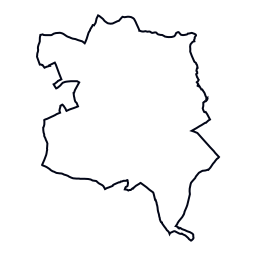 Bicaz, Maramures, Romania
{"feature_id": "2599482B90177123202958", "entity_name": "Bicaz", "entity_type": "district", "adm_level": 2, "iso_a3": "ROU", "parent_name": "Romania", "parent_adm1": "Maramures", "projection": "orthographic", "projection_center": [23.009, 47.453], "detail": "fine", "context": "isolated", "style": "outline", "palette": "ink", "viewbox_px": 256, "rotation_deg": 0, "n_neighbors": 0, "source": "geoboundaries", "source_scale": "gbopen_adm2", "svg_char_len": 5673}
<svg xmlns="http://www.w3.org/2000/svg" viewBox="0 0 256 256"><path d="M208.3,169.9L210.4,167.6L213.0,163.7L214.5,162.0L215.4,160.7L216.9,158.9L218.2,158.0L219.0,157.0L215.1,152.8L213.9,151.2L210.1,147.2L197.4,133.0L194.1,131.6L191.7,130.8L196.5,128.1L199.7,126.1L201.4,125.2L204.7,123.1L205.6,122.7L205.9,122.8L208.4,120.5L210.0,119.5L207.2,114.2L205.7,112.0L205.2,112.2L204.4,112.1L204.2,112.0L203.3,110.1L202.7,108.2L203.0,107.4L203.3,105.9L203.3,102.7L203.6,102.6L203.7,102.3L203.8,102.1L204.7,101.7L205.0,101.2L205.5,101.3L205.9,101.2L207.5,99.3L207.8,99.0L208.0,99.2L207.4,98.5L207.4,98.0L206.5,98.8L206.3,98.8L206.5,98.1L206.4,97.6L205.6,96.0L204.6,93.2L204.1,92.3L203.1,90.9L203.0,90.6L202.1,89.4L201.4,89.5L199.2,85.8L198.3,85.6L198.1,86.1L197.6,85.8L197.9,84.7L198.3,84.2L197.9,83.6L196.8,82.2L198.1,81.0L198.7,79.8L197.9,78.7L197.4,77.3L197.0,77.0L197.0,76.8L196.2,74.4L196.2,74.1L196.6,73.6L196.8,73.4L197.2,73.3L197.2,72.5L197.2,72.0L196.8,71.3L196.4,70.9L197.0,68.2L197.6,68.0L197.6,67.7L197.0,65.0L196.2,63.9L196.2,63.4L195.7,62.7L194.9,62.2L194.3,61.6L191.8,55.9L190.2,51.6L190.3,48.9L190.1,46.7L190.4,44.7L190.7,44.1L192.6,41.9L193.2,41.6L194.4,41.3L194.1,40.2L194.1,39.9L194.7,38.6L194.7,37.4L195.3,36.4L196.0,35.5L195.9,34.9L195.5,34.4L194.2,33.7L193.6,33.6L192.6,33.1L191.6,32.9L188.6,33.6L188.0,33.5L187.3,34.2L186.8,34.5L184.8,34.9L183.1,35.1L182.0,35.0L180.9,34.7L178.7,32.2L178.1,32.1L176.3,32.9L175.8,33.8L175.3,35.0L174.5,36.0L173.9,36.4L171.7,37.0L168.6,37.1L166.7,36.9L164.8,36.5L164.1,36.0L162.2,35.0L160.5,34.9L158.2,34.4L157.3,33.8L156.4,32.7L155.9,32.5L155.0,32.4L152.5,32.9L151.5,32.7L150.3,31.8L149.2,31.5L147.4,31.7L145.5,31.2L143.7,31.5L142.5,31.5L141.2,31.3L140.1,30.8L139.3,30.8L139.1,29.7L138.3,27.8L136.5,23.9L135.5,21.6L135.1,20.9L134.2,19.2L133.9,18.8L132.9,18.0L131.1,17.1L129.4,16.8L127.9,16.7L124.5,17.2L122.5,16.8L121.5,17.8L118.9,20.8L117.5,21.2L112.6,23.5L110.5,23.7L108.0,23.3L106.9,22.7L104.7,21.1L104.0,20.3L103.2,19.2L102.3,18.4L99.3,16.0L98.1,15.4L96.5,18.7L96.3,19.9L95.9,21.5L95.7,22.5L95.1,23.7L94.2,24.8L94.1,25.3L92.7,25.1L92.2,26.2L90.5,28.9L90.1,29.8L90.0,30.4L89.0,31.9L88.5,32.9L86.6,39.0L85.2,42.4L84.7,43.3L83.0,41.9L82.1,41.3L78.1,40.1L75.5,39.1L72.6,38.6L70.5,37.8L69.6,37.3L68.7,37.1L66.9,36.3L63.5,34.0L62.3,33.4L60.6,32.9L59.6,32.8L55.8,33.1L53.7,33.7L51.8,34.9L51.1,35.1L45.2,35.1L43.7,35.0L42.7,34.4L41.2,34.8L40.4,34.9L39.9,37.3L39.8,39.5L39.8,41.3L39.3,43.0L38.6,44.7L38.0,46.9L37.9,48.2L38.1,49.5L38.1,50.4L37.9,51.7L37.4,53.1L37.2,54.5L37.2,55.5L37.0,56.2L37.1,57.0L39.8,64.6L40.8,64.5L41.4,64.7L42.1,65.1L42.5,65.0L44.5,67.7L46.8,66.7L48.6,66.2L49.3,65.9L49.7,65.9L49.3,65.3L54.8,62.6L55.9,64.8L59.1,73.5L61.4,79.3L57.9,81.0L57.3,81.7L55.8,82.9L55.0,83.6L53.6,84.3L55.2,87.0L55.7,87.6L56.1,88.4L56.3,88.4L57.5,87.8L60.3,85.5L61.9,83.6L62.9,82.7L65.2,81.9L66.9,81.6L71.0,81.2L77.1,81.2L79.2,82.4L75.0,90.0L73.9,93.2L73.6,93.2L74.0,96.4L74.4,97.9L74.5,98.8L74.9,100.4L75.3,101.6L76.6,102.9L76.8,103.3L78.0,106.4L76.8,106.9L73.6,108.1L69.5,109.5L66.5,110.9L66.2,110.5L65.4,108.5L64.5,107.3L64.0,106.3L63.2,105.6L62.7,104.8L62.3,104.6L60.5,105.7L60.6,106.1L60.4,106.4L60.4,106.7L60.2,107.0L60.2,107.5L59.8,108.7L59.5,110.3L59.5,110.9L60.1,112.7L56.7,114.1L54.9,115.2L54.2,115.5L53.5,115.9L52.1,116.5L47.2,118.8L45.1,119.5L44.2,120.1L44.4,121.7L44.3,124.6L43.8,126.5L43.5,127.2L43.2,127.5L43.3,130.3L43.6,132.6L43.9,133.4L44.2,134.4L44.2,135.8L44.3,136.2L45.4,138.4L45.8,139.7L46.8,141.8L47.4,143.5L47.1,147.7L47.0,148.7L47.2,149.8L46.9,150.9L46.6,153.0L46.2,154.9L44.3,159.9L42.1,164.9L42.2,165.2L45.5,166.5L47.0,167.3L49.7,169.1L50.6,170.0L52.5,171.2L54.0,171.7L56.4,172.9L60.0,173.4L60.9,173.4L62.3,173.7L64.1,174.6L65.9,175.1L68.0,175.9L69.0,176.6L71.4,177.7L73.1,178.3L76.5,178.6L79.2,178.6L80.0,178.8L84.6,178.8L88.2,179.0L90.7,179.5L92.6,180.5L96.1,181.0L96.7,181.4L97.7,182.4L99.1,183.5L102.0,185.0L102.8,185.6L103.4,186.2L104.3,187.7L105.0,189.1L105.5,188.9L106.0,188.5L107.1,188.0L108.6,187.5L112.4,186.0L112.7,185.8L112.8,185.4L112.9,185.2L114.1,184.4L118.9,182.3L119.9,182.3L120.8,181.5L121.7,181.5L123.6,180.8L125.4,180.8L126.1,180.7L126.9,180.2L127.4,180.1L127.6,180.3L127.6,181.3L128.0,182.6L128.0,183.1L127.6,185.7L127.3,186.2L126.3,186.7L125.7,187.1L125.4,187.6L124.8,189.4L127.0,189.7L127.9,190.3L128.5,190.5L129.2,190.0L130.7,190.0L132.1,188.7L132.5,188.5L132.9,188.7L133.1,188.5L133.2,188.0L133.8,187.8L134.1,187.3L134.9,186.7L135.9,185.8L139.6,183.6L140.3,183.0L140.6,182.9L146.5,187.2L149.5,189.8L153.0,192.3L153.3,192.7L153.8,194.4L155.0,199.4L155.1,199.7L155.4,199.5L155.5,199.6L156.6,202.9L156.6,203.4L156.8,204.2L156.9,204.8L157.1,205.1L157.5,207.2L157.8,210.1L158.2,212.0L158.9,214.3L159.3,216.7L159.8,218.2L159.8,219.1L160.4,220.8L161.1,222.2L162.0,222.5L162.0,223.2L162.1,223.4L164.2,226.4L165.9,228.6L166.9,230.2L168.1,231.2L168.9,232.2L169.1,232.7L169.6,234.0L170.0,233.2L170.5,232.8L173.5,231.4L174.2,231.2L175.0,231.3L179.0,233.4L180.1,233.8L181.3,233.9L181.5,233.6L181.9,233.6L183.0,234.4L185.4,235.5L188.2,238.0L189.0,239.1L191.0,240.6L191.4,240.5L192.8,239.2L193.3,238.5L193.5,237.9L193.5,237.7L193.3,236.7L193.2,234.6L192.5,233.7L191.7,233.2L190.0,232.2L187.3,231.3L184.8,230.1L182.2,229.2L180.4,228.0L179.4,228.5L178.6,228.3L178.2,227.8L178.4,227.4L177.5,227.0L176.3,226.2L175.8,226.1L177.2,224.1L177.7,222.9L178.9,221.1L182.2,217.1L183.4,215.1L183.5,214.7L183.8,214.5L184.5,212.2L184.5,211.9L184.6,211.6L186.5,207.2L187.3,205.0L189.9,194.2L189.6,191.3L189.7,188.6L190.6,184.2L191.1,182.7L192.6,180.9L195.2,178.0L195.9,176.5L198.9,172.8L201.5,171.3L202.5,170.8L205.3,170.5L207.1,170.0L207.6,169.7L208.3,169.9Z" fill="none" stroke="#020617" stroke-width="2"/></svg>